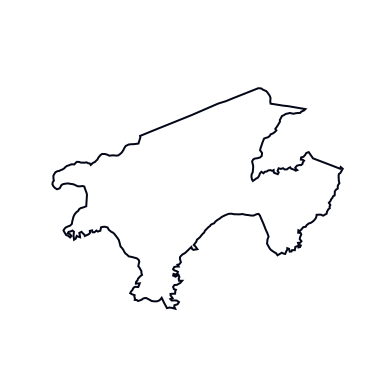 Toledo, Paraná, Brazil, rotated 290°
{"feature_id": "56859067B98926279804018", "entity_name": "Toledo", "entity_type": "district", "adm_level": 2, "iso_a3": "BRA", "parent_name": "Brazil", "parent_adm1": "Paraná", "projection": "robinson", "projection_center": [-53.821, -24.698], "detail": "fine", "context": "isolated", "style": "outline", "palette": "ink", "viewbox_px": 384, "rotation_deg": 290, "n_neighbors": 0, "source": "geoboundaries", "source_scale": "gbopen_adm2", "svg_char_len": 5704}
<svg xmlns="http://www.w3.org/2000/svg" viewBox="0 0 384 384"><g transform="rotate(290 192 192)"><path d="M226.9,124.0L225.7,124.8L219.2,125.1L218.0,122.8L216.9,120.6L216.3,119.0L215.0,116.3L212.5,113.9L210.2,113.4L208.0,113.2L204.8,112.4L202.9,111.3L201.1,110.1L200.4,108.7L199.4,105.1L198.6,103.4L197.8,101.8L198.1,99.7L197.9,97.2L197.0,94.5L195.6,93.5L194.2,92.9L191.9,92.2L190.1,92.0L188.8,91.3L187.0,90.5L185.4,88.9L182.8,87.6L183.9,86.2L183.5,84.5L183.8,82.7L182.9,81.3L182.2,79.2L181.6,77.5L181.6,75.6L181.0,73.6L179.8,72.8L177.7,72.0L176.9,69.5L176.0,68.3L175.0,67.2L173.6,65.5L172.0,64.4L170.6,63.9L169.0,62.7L167.8,61.3L166.5,60.1L165.5,58.4L163.8,56.9L161.7,56.4L159.9,56.2L157.7,57.0L155.4,58.3L153.6,57.8L151.5,58.2L150.2,59.5L149.0,61.6L148.4,64.2L150.1,66.3L151.8,66.7L153.4,66.8L155.0,67.8L156.3,69.8L157.6,72.4L158.2,75.5L158.7,77.9L158.5,80.5L158.3,82.6L158.9,84.6L160.2,87.1L160.3,88.9L157.8,90.9L155.0,93.3L153.3,94.3L147.5,96.0L142.4,97.5L140.0,94.7L138.8,92.9L137.0,91.7L135.5,91.6L133.5,90.3L131.3,89.5L129.8,89.2L128.0,89.1L123.7,89.5L120.9,90.0L118.7,89.0L117.4,87.4L115.5,85.5L114.0,84.8L111.9,84.4L110.4,86.1L108.5,88.5L108.5,90.6L107.6,93.0L109.3,93.7L110.5,92.2L110.8,89.4L112.3,89.7L113.5,91.5L114.9,92.9L114.3,94.6L112.9,95.0L110.5,95.6L106.8,97.5L108.4,98.7L109.8,98.7L111.3,98.7L111.1,100.4L111.2,102.3L113.2,101.3L115.0,100.1L116.8,101.8L115.8,103.6L115.2,105.4L114.0,106.3L115.4,107.8L117.0,109.4L118.9,110.2L120.5,109.3L121.8,111.2L120.2,112.4L120.8,114.1L123.1,115.4L122.6,117.0L124.2,119.1L127.7,118.6L128.6,119.9L129.5,121.8L129.8,124.8L128.0,126.8L127.0,129.7L126.8,131.6L126.0,133.5L125.1,134.9L123.5,137.4L121.8,139.7L119.4,141.4L116.3,143.5L115.5,145.2L114.2,147.2L112.9,148.5L111.5,150.4L110.9,152.3L109.9,154.6L110.4,157.9L110.8,162.8L110.0,165.1L108.5,166.3L105.8,166.6L103.9,166.9L102.8,168.7L101.4,170.2L100.3,171.5L98.7,172.1L97.0,173.4L95.6,172.4L93.3,171.4L92.0,170.9L90.5,171.0L88.2,170.2L86.7,170.6L87.4,172.1L88.3,174.1L85.9,174.1L84.3,174.0L83.7,171.7L83.0,170.4L81.2,169.6L79.8,169.6L77.7,168.8L75.8,168.5L75.4,170.8L75.4,173.4L73.7,173.7L72.5,174.8L71.0,175.1L71.6,177.0L71.1,178.6L73.4,181.4L74.8,182.2L76.1,183.7L76.7,185.4L76.3,188.2L75.8,191.4L76.3,193.9L77.3,196.5L78.8,198.2L80.3,199.1L82.2,199.7L78.4,203.6L74.3,208.2L75.7,210.3L76.2,212.5L76.6,216.1L78.2,214.5L79.6,214.2L81.5,216.8L84.1,217.4L84.8,214.8L84.1,212.5L83.1,210.0L84.0,208.3L85.6,210.1L87.5,207.2L88.9,206.7L90.7,210.9L93.1,210.2L94.6,210.3L94.5,208.3L96.3,206.7L98.6,207.3L99.6,209.6L101.4,211.1L102.6,212.1L105.2,213.1L104.2,210.2L105.8,209.2L107.8,209.2L109.5,207.7L108.1,206.6L106.8,205.5L107.0,202.9L108.7,202.7L108.9,204.9L110.3,206.1L112.1,206.1L112.4,204.2L112.3,202.2L113.0,200.6L115.5,201.0L116.6,202.8L117.4,204.9L118.7,203.3L119.6,204.7L122.2,205.6L124.9,203.6L126.6,203.0L128.2,203.5L129.9,204.3L132.2,206.3L135.8,208.1L140.1,210.2L138.5,211.6L138.1,213.1L140.1,216.6L142.1,213.7L142.8,211.8L146.6,213.0L148.9,213.0L151.9,214.8L154.3,215.6L156.7,216.5L158.0,217.3L160.0,217.4L164.5,219.4L166.1,220.5L167.6,220.9L168.8,221.9L170.2,223.5L172.2,224.1L174.2,225.3L176.6,227.2L178.9,228.6L181.9,231.5L184.0,233.9L185.1,236.5L185.5,239.2L187.4,244.7L188.5,246.8L189.0,250.6L189.6,252.9L190.1,255.6L190.9,257.9L193.2,260.3L194.2,262.1L193.1,263.9L191.5,265.3L188.4,268.3L185.8,270.7L181.9,274.1L179.0,277.0L176.3,279.2L173.0,279.2L169.1,280.2L167.1,282.5L165.4,284.5L164.5,286.2L163.6,289.7L163.2,292.0L161.8,294.0L165.7,297.2L165.4,299.1L165.7,300.8L168.1,300.8L170.3,301.2L171.8,300.8L171.8,302.6L169.4,304.2L170.1,305.8L171.6,305.9L172.5,308.5L175.8,307.9L177.6,310.0L176.3,311.0L177.3,312.4L179.0,312.5L179.2,310.0L180.5,309.0L181.3,311.0L183.2,311.7L184.5,309.4L186.5,309.0L189.5,309.2L190.6,308.1L190.1,305.7L192.4,305.1L192.1,306.7L195.1,307.9L197.0,308.6L198.3,310.8L199.9,311.0L201.3,311.8L202.5,312.6L203.6,314.1L204.8,315.1L207.0,316.4L209.8,317.3L211.2,317.3L213.2,316.9L214.1,318.9L214.8,321.0L214.6,323.3L216.1,324.6L217.6,325.9L219.7,325.6L222.3,326.0L223.9,327.0L225.5,326.2L227.0,326.5L228.7,324.3L230.8,325.2L232.5,325.2L234.5,325.9L236.4,326.1L237.5,327.2L239.0,326.8L241.4,326.0L243.4,326.5L245.0,327.8L247.5,326.9L249.0,327.0L250.7,327.5L252.6,326.2L257.4,324.2L259.1,323.9L260.6,324.9L262.7,325.3L265.4,325.7L266.3,323.2L264.5,323.2L264.7,314.9L265.0,294.2L269.4,288.0L267.8,286.1L265.4,285.6L263.2,284.7L261.8,282.7L259.7,283.2L260.2,284.9L259.7,286.6L257.9,286.0L256.2,286.2L254.6,285.3L254.1,283.8L252.7,281.7L250.3,280.7L249.1,281.8L248.6,283.4L247.5,282.2L247.9,280.6L247.8,277.3L248.8,275.8L247.7,274.7L245.7,273.4L244.9,271.2L245.5,269.4L244.1,267.7L243.9,265.3L241.2,265.2L240.0,266.8L238.1,266.5L238.1,264.7L238.2,262.3L240.5,261.2L239.3,260.1L239.4,258.3L238.3,256.2L236.9,255.3L235.8,253.4L234.1,252.8L234.7,250.3L232.7,249.5L230.0,249.5L227.8,248.9L226.5,247.6L225.0,246.7L223.2,245.4L224.4,244.0L226.7,242.6L229.0,242.0L231.3,242.3L233.3,241.8L235.7,241.2L237.7,240.4L239.6,239.1L241.4,238.0L243.6,238.4L244.9,239.6L246.0,241.7L247.7,244.1L249.7,245.2L252.6,244.5L254.5,241.7L257.0,241.4L259.7,241.4L262.6,241.3L265.5,241.4L266.9,241.5L268.2,243.0L269.5,244.8L271.4,245.9L273.1,246.2L274.6,247.9L276.5,249.2L278.7,250.2L279.8,248.7L281.9,249.3L284.0,249.8L285.9,250.2L288.1,250.6L289.7,249.9L292.0,250.3L294.1,250.5L295.6,252.0L297.6,253.6L298.7,255.5L299.7,256.8L300.2,260.5L301.7,262.9L303.4,266.7L304.9,267.2L307.0,269.4L308.7,270.2L307.2,262.1L305.5,252.8L304.4,248.4L301.9,235.6L303.8,234.6L305.1,234.2L307.3,233.6L309.2,231.9L311.3,228.9L312.2,227.2L312.4,223.8L313.0,221.7L312.2,218.8L293.9,198.2L289.1,193.0L284.1,186.4L264.1,165.3L243.8,142.7L237.7,135.9L226.9,124.0Z" fill="none" stroke="#020617" stroke-width="2"/></g></svg>